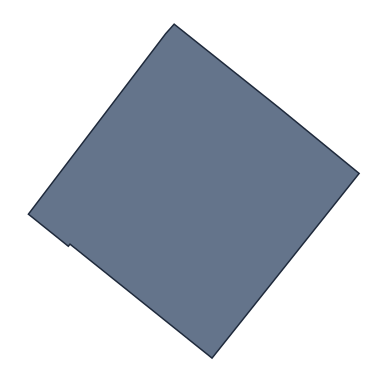 Grundy, Missouri, United States of America (Albers equal-area conic projection), rotated 129°
{"feature_id": "52423323B63054850520902", "entity_name": "Grundy", "entity_type": "district", "adm_level": 2, "iso_a3": "USA", "parent_name": "United States of America", "parent_adm1": "Missouri", "projection": "albers", "projection_center": [-93.583, 40.113], "detail": "fine", "context": "isolated", "style": "filled", "palette": "slate", "viewbox_px": 384, "rotation_deg": 129, "n_neighbors": 0, "source": "geoboundaries", "source_scale": "gbopen_adm2", "svg_char_len": 272}
<svg xmlns="http://www.w3.org/2000/svg" viewBox="0 0 384 384"><g transform="rotate(129 192 192)"><path d="M72.8,311.5L85.4,312.1L312.2,305.2L312.0,254.0L309.3,254.0L308.5,71.9L72.4,73.8L71.8,176.1L72.8,311.5Z" fill="#64748b" stroke="#1e293b" stroke-width="1.5"/></g></svg>